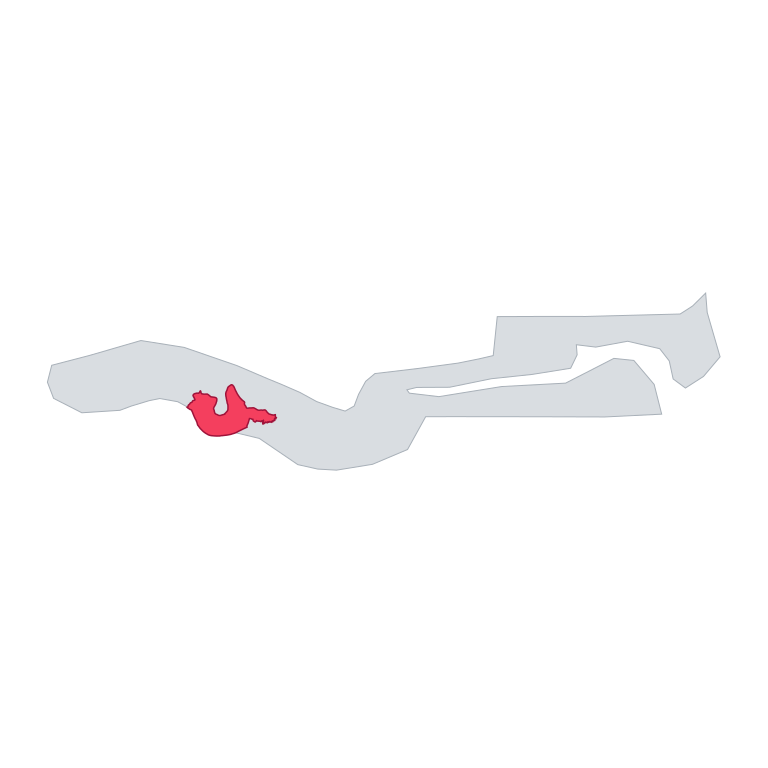 Sami, Central River, Gambia shown in context, rotated 179°
{"feature_id": "56634734B54242206420565", "entity_name": "Sami", "entity_type": "district", "adm_level": 2, "iso_a3": "GMB", "parent_name": "Gambia", "parent_adm1": "Central River", "projection": "orthographic", "projection_center": [-14.663, 13.545], "detail": "fine", "context": "in_parent", "style": "filled", "palette": "rose", "viewbox_px": 768, "rotation_deg": 179, "n_neighbors": 0, "source": "geoboundaries", "source_scale": "gbopen_adm2", "svg_char_len": 6656}
<svg xmlns="http://www.w3.org/2000/svg" viewBox="0 0 768 768"><g transform="rotate(179 384 384)"><path d="M106.9,349.0L163.7,347.2L232.6,348.6L307.6,350.0L342.9,350.6L361.6,318.1L396.9,303.9L433.0,298.7L451.8,300.1L471.6,304.9L509.7,331.8L533.4,337.9L553.4,344.0L567.8,357.0L590.6,369.9L608.5,373.4L619.2,371.4L636.9,366.4L648.5,362.3L686.6,360.5L714.6,375.4L720.5,391.7L715.9,408.5L678.3,417.6L626.3,431.7L583.2,424.1L530.8,405.0L500.2,391.3L487.4,385.8L468.3,377.1L451.6,367.6L435.6,361.5L423.3,357.6L414.2,362.5L409.6,374.1L402.3,387.0L392.9,394.6L349.0,399.0L309.6,403.6L288.4,407.5L274.3,410.5L269.6,449.4L225.0,448.8L181.1,448.0L135.6,448.4L86.7,448.8L74.1,456.6L60.8,469.3L59.6,449.9L47.5,405.3L64.4,386.0L82.7,374.7L94.8,384.0L98.4,402.1L107.7,414.5L139.7,422.5L171.6,417.2L191.0,419.9L190.4,409.8L197.1,396.5L235.7,391.0L276.6,387.4L318.5,379.6L351.4,380.0L361.2,377.8L358.8,374.4L329.4,370.4L266.4,379.4L202.4,381.7L153.7,405.6L133.8,403.2L113.9,378.9L106.9,349.0Z" fill="#d9dde1" stroke="#a8b0b8" stroke-width="1"/><path d="M493.2,355.2L493.5,355.2L494.2,355.0L494.5,354.9L495.6,354.9L496.0,355.1L496.5,355.1L497.5,355.4L497.7,355.5L498.3,355.7L498.8,355.8L499.2,355.9L499.7,356.2L499.9,356.5L500.1,356.6L500.6,357.1L500.9,357.4L501.4,357.9L501.6,358.3L501.9,358.7L502.1,359.0L502.5,359.5L502.8,359.7L502.9,359.8L503.1,359.9L503.3,360.1L503.7,360.1L504.0,360.2L504.6,360.1L505.3,360.0L505.7,359.8L506.2,360.0L507.0,360.1L508.1,360.1L508.4,360.0L508.7,360.0L509.3,359.9L509.9,360.0L510.7,360.2L510.9,360.3L511.2,360.5L511.7,360.7L512.1,361.0L512.5,361.3L513.8,362.0L514.1,362.2L514.6,362.4L515.2,362.5L515.5,362.5L516.6,362.4L518.8,362.4L519.0,362.4L520.5,362.2L520.9,362.2L521.6,362.3L521.8,362.4L522.1,362.9L522.2,363.2L522.5,363.9L522.8,364.5L523.1,364.7L523.2,365.0L523.8,366.0L523.9,366.6L523.9,367.0L523.7,367.7L523.7,367.9L523.7,368.1L523.8,368.3L524.0,368.7L524.2,368.8L524.4,369.0L525.0,369.5L525.6,370.0L525.9,370.3L526.2,370.5L526.6,371.0L526.8,371.0L527.1,371.5L527.9,372.3L528.8,373.5L529.6,374.7L530.8,376.6L531.1,377.2L531.5,378.0L531.8,378.7L532.1,379.2L532.6,380.3L532.8,380.7L533.0,381.2L533.3,382.0L533.7,383.0L533.9,383.5L534.1,383.7L534.3,384.3L534.7,384.6L535.3,385.5L535.5,385.6L536.0,385.8L536.6,385.9L536.9,385.7L537.4,385.6L537.6,385.4L538.3,384.9L539.2,384.3L539.9,383.7L540.2,383.1L540.5,382.6L540.7,381.8L540.8,381.4L541.0,381.1L541.0,380.8L541.9,379.1L542.1,378.5L542.2,378.1L542.4,377.4L542.4,375.9L542.3,374.8L542.2,374.0L542.0,373.5L542.0,373.1L541.9,372.2L541.7,371.2L541.6,370.5L541.4,369.8L541.2,368.4L541.0,367.3L540.6,366.4L540.5,365.9L540.4,365.1L540.4,363.1L540.5,361.3L540.6,360.8L541.0,360.0L541.4,359.4L541.8,359.0L543.0,357.7L543.7,357.1L543.7,356.8L544.0,356.8L544.2,356.5L544.5,356.4L545.0,356.3L547.2,355.7L547.7,355.5L548.2,355.4L549.2,355.4L549.8,355.5L551.7,356.5L552.1,356.6L552.4,356.7L552.6,356.8L552.8,357.0L553.1,357.2L553.4,357.5L553.5,357.7L553.7,358.0L553.8,358.5L553.9,358.8L554.0,359.1L554.1,359.6L554.3,360.9L554.5,361.2L554.6,361.4L554.8,361.9L554.8,362.6L554.7,362.8L554.7,363.0L554.5,363.6L554.2,364.1L553.9,364.6L553.4,365.4L553.0,366.2L552.8,366.5L552.5,367.1L552.3,367.6L552.1,368.4L551.7,369.4L551.5,370.1L551.5,370.7L551.4,371.1L551.4,371.7L551.4,372.0L551.5,372.3L551.8,372.7L552.0,373.0L552.5,373.3L553.1,373.5L553.9,373.7L555.1,373.9L557.2,374.2L557.4,374.3L558.1,374.9L558.8,375.5L559.9,376.4L560.5,376.8L560.8,377.0L561.4,377.0L562.2,377.0L563.0,377.0L564.3,377.0L565.4,377.2L565.8,377.3L566.2,377.3L566.6,377.6L566.9,378.1L567.1,378.4L567.2,378.9L567.3,379.4L567.3,379.9L567.4,380.0L567.6,380.1L567.7,380.3L567.8,380.3L568.1,379.9L568.2,379.6L568.6,379.0L568.7,378.6L569.0,378.5L569.6,378.0L569.9,378.0L570.3,378.1L570.5,378.1L571.0,378.1L571.6,378.1L571.8,378.0L572.1,378.0L572.6,377.8L572.8,377.8L573.6,377.6L574.0,377.3L574.5,377.1L574.8,376.7L575.1,376.1L575.0,375.9L575.1,375.7L575.0,375.3L574.6,374.4L574.4,374.3L574.2,374.0L574.3,373.9L574.1,373.6L574.0,373.2L573.8,372.9L573.7,372.6L573.4,372.2L573.3,371.6L573.5,371.2L574.0,371.0L574.4,370.9L574.6,370.9L575.1,370.8L575.6,370.5L576.0,369.9L576.1,369.6L576.2,369.3L576.4,369.1L576.8,368.9L577.4,368.7L577.7,368.6L578.0,368.3L578.2,368.1L578.7,367.3L579.0,367.0L579.7,366.5L580.1,366.1L580.4,364.8L580.6,364.6L581.0,364.3L581.3,364.2L580.9,363.8L580.4,363.3L579.0,362.4L578.7,362.1L577.5,361.6L577.1,361.4L576.9,361.3L576.7,361.0L576.5,360.1L576.2,359.7L575.7,358.3L574.8,355.9L574.5,355.1L574.2,354.4L573.9,353.7L573.2,352.2L572.8,351.5L572.5,351.0L572.2,350.1L572.0,349.6L571.7,349.0L571.5,348.0L571.1,346.4L570.9,346.0L570.6,345.7L568.5,342.7L567.5,341.7L566.1,340.2L565.0,339.2L563.4,338.0L561.1,336.6L560.8,336.4L560.4,336.2L559.9,336.0L558.6,335.6L557.0,335.3L556.7,335.3L554.9,335.1L552.1,334.9L549.2,334.9L547.5,335.2L546.6,335.2L541.6,335.7L538.1,336.3L536.9,336.7L534.7,337.3L533.3,337.8L531.9,338.4L530.7,339.1L527.7,340.5L524.7,341.9L523.7,342.3L522.7,342.8L521.7,343.2L521.8,343.9L521.8,344.5L520.5,347.4L519.1,351.8L517.5,351.6L517.1,351.3L516.6,351.1L516.2,351.0L515.7,351.0L515.6,350.5L515.5,350.0L515.4,349.6L515.2,349.3L514.9,349.1L513.7,348.3L513.2,348.3L513.0,348.5L512.6,348.9L512.4,349.3L512.2,349.5L512.1,349.4L511.8,349.2L511.4,349.1L510.9,349.2L510.6,349.2L510.1,349.0L509.7,349.0L509.1,349.0L508.9,348.9L508.6,348.9L508.2,348.6L507.8,348.6L507.5,348.9L507.3,349.0L507.1,348.7L506.9,348.7L506.7,348.9L506.5,349.0L506.4,349.3L506.2,349.3L505.8,349.4L505.5,349.6L505.2,349.8L505.1,349.6L505.1,349.3L505.2,349.2L505.5,348.9L505.4,348.6L505.2,348.5L505.2,348.3L505.6,348.0L505.6,347.7L505.9,347.7L506.0,347.7L506.0,347.3L505.7,347.2L505.6,346.9L505.9,346.4L505.9,346.2L505.6,346.1L505.4,346.4L505.2,346.4L505.0,346.5L504.9,346.6L504.5,346.6L504.3,346.9L504.2,347.2L503.7,347.2L503.5,347.5L503.1,347.9L502.8,347.9L502.6,347.8L502.4,347.5L502.0,347.5L501.5,347.8L501.4,347.8L501.1,348.1L500.9,348.1L500.7,348.0L500.7,347.6L500.4,347.8L499.9,347.8L499.6,347.9L499.6,348.0L499.6,348.3L499.3,348.3L499.1,348.4L498.8,348.1L498.6,348.2L498.4,348.0L498.2,347.9L497.7,348.0L497.4,348.0L497.3,347.9L497.1,347.8L497.0,348.1L496.9,348.5L496.7,348.6L496.6,348.3L496.1,348.3L495.9,348.2L495.7,348.5L495.9,348.7L496.1,348.9L496.1,349.0L495.8,349.1L495.6,349.2L495.4,349.2L495.2,349.2L494.9,349.4L494.6,349.2L494.3,349.4L494.2,349.6L493.9,349.6L493.9,349.9L494.2,350.1L494.2,350.3L493.8,350.4L493.8,350.6L494.0,350.9L494.0,351.3L493.9,351.4L493.6,351.0L493.4,351.2L492.9,351.2L492.9,351.4L493.2,351.5L493.3,351.7L493.0,351.9L492.5,351.8L492.4,351.9L492.2,352.2L492.3,352.3L492.5,352.5L492.8,352.6L493.0,352.7L493.1,353.2L493.2,354.3L493.2,355.2Z" fill="#f43f5e" stroke="#9f1239" stroke-width="1.5"/></g></svg>